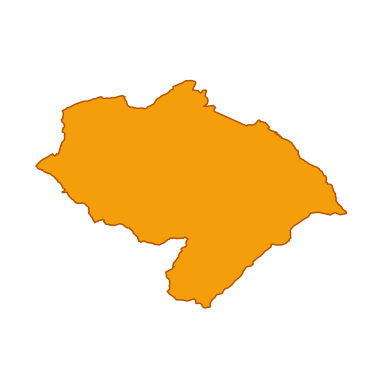 Chupaca, Junín, Peru, rotated 255°
{"feature_id": "86281439B55611133848114", "entity_name": "Chupaca", "entity_type": "district", "adm_level": 2, "iso_a3": "PER", "parent_name": "Peru", "parent_adm1": "Junín", "projection": "equal_earth", "projection_center": [-75.432, -12.21], "detail": "fine", "context": "isolated", "style": "filled", "palette": "amber", "viewbox_px": 384, "rotation_deg": 255, "n_neighbors": 0, "source": "geoboundaries", "source_scale": "gbopen_adm2", "svg_char_len": 6032}
<svg xmlns="http://www.w3.org/2000/svg" viewBox="0 0 384 384"><g transform="rotate(255 192 192)"><path d="M135.1,334.1L137.5,332.6L138.3,332.9L139.1,332.4L139.8,332.2L141.5,330.9L142.2,330.0L143.7,329.9L144.6,329.4L145.0,328.9L147.4,329.0L148.2,329.6L149.4,329.7L149.9,329.2L151.1,329.8L152.1,329.6L152.6,329.9L153.6,330.0L156.6,328.9L157.7,329.1L159.0,328.8L161.4,329.0L163.0,328.3L163.5,327.7L164.6,325.2L165.1,324.8L165.8,325.0L166.5,324.0L167.6,324.2L168.5,324.8L170.3,325.4L172.7,325.3L173.9,323.8L178.3,322.8L178.8,322.2L180.5,321.1L181.4,321.0L183.6,319.1L185.8,315.7L186.4,315.5L186.8,314.7L188.0,313.3L189.3,311.9L190.6,311.2L192.5,309.0L193.7,308.4L196.6,305.1L198.5,305.2L199.2,304.7L200.8,304.7L201.5,304.3L203.1,305.2L203.6,304.8L204.6,305.2L205.2,304.0L207.5,302.9L208.4,303.0L211.3,301.6L213.9,300.9L217.5,297.6L220.2,293.5L220.7,293.0L221.2,292.9L221.6,292.3L222.2,292.4L222.6,291.3L223.6,291.5L223.8,290.9L224.3,291.1L224.9,290.6L225.6,289.8L225.2,289.2L225.4,288.7L226.1,289.6L227.0,289.4L227.3,288.2L227.8,288.8L228.0,288.6L228.1,287.7L228.4,287.8L228.6,288.4L228.7,287.1L229.3,286.7L230.1,285.6L230.5,284.6L231.4,283.7L233.9,281.9L234.1,282.1L234.3,283.1L234.8,283.3L235.5,282.9L237.3,282.6L238.6,281.5L240.1,280.8L240.3,279.9L241.7,278.2L242.3,276.1L242.7,275.9L243.3,276.2L243.9,275.7L244.1,275.2L243.5,273.6L241.8,271.3L241.1,269.7L241.1,267.6L242.3,264.3L242.3,263.2L241.6,262.0L264.0,234.5L265.1,234.4L266.0,234.8L267.4,236.5L269.9,235.2L270.2,234.5L270.2,232.3L270.6,231.4L270.9,228.2L271.8,226.1L272.9,228.9L273.8,229.9L275.7,231.0L278.4,231.2L281.1,229.5L283.8,230.7L285.4,232.0L286.7,232.0L287.2,230.0L287.3,228.4L285.6,226.7L285.5,225.7L288.3,224.2L289.9,220.0L290.5,219.3L291.4,219.5L295.2,223.2L297.0,223.9L298.2,223.2L300.0,219.8L301.0,214.5L299.8,210.5L298.8,201.9L298.4,201.1L296.5,200.5L296.2,200.0L296.1,198.5L295.7,197.3L293.9,194.3L293.6,193.2L292.7,187.3L291.9,186.0L291.1,182.8L290.3,181.3L289.8,181.0L288.4,179.2L286.9,178.0L286.5,175.8L286.1,174.8L285.8,171.4L284.7,169.8L284.4,168.8L284.7,167.9L285.9,166.0L287.0,160.8L287.9,158.8L288.0,157.9L288.9,157.2L289.4,156.4L290.0,154.2L291.6,152.7L293.2,152.1L296.2,152.1L297.8,151.7L298.1,151.3L299.6,151.3L300.4,150.9L301.2,151.8L301.9,150.9L302.6,150.6L303.1,149.3L303.3,146.3L303.1,141.9L303.8,139.8L303.9,136.8L304.3,134.8L304.9,134.1L304.9,132.9L305.1,131.1L305.5,130.5L306.7,129.4L307.1,129.4L307.6,128.5L307.5,124.9L307.0,123.5L307.4,120.6L306.8,117.3L307.1,115.7L306.8,114.1L307.4,112.5L307.7,110.6L307.6,108.7L307.2,106.2L307.4,105.3L306.6,99.8L305.7,96.8L305.5,94.4L305.6,93.0L304.8,91.9L304.0,87.8L302.6,88.2L299.1,87.4L297.9,86.6L296.9,86.6L296.4,86.1L295.9,84.7L295.5,84.5L293.4,84.6L292.0,85.6L289.5,86.2L288.9,85.8L287.9,85.7L287.5,84.5L287.0,83.8L283.6,82.3L282.1,84.0L280.9,84.3L279.7,83.4L277.4,83.0L275.1,82.0L274.0,80.1L272.9,78.7L272.0,78.4L271.4,77.8L270.9,77.8L270.8,77.2L264.0,73.4L263.1,72.5L264.0,71.0L262.9,70.1L262.3,68.7L264.9,67.1L262.8,59.9L262.2,56.7L261.0,53.4L257.5,48.1L256.5,48.9L254.5,49.3L253.1,51.3L253.1,51.6L252.1,52.6L252.3,53.0L250.0,54.3L247.4,57.7L246.5,59.5L243.8,61.4L242.8,62.8L241.7,62.9L237.6,65.1L236.6,65.2L235.2,66.6L232.5,68.0L230.7,67.9L228.7,68.7L227.3,70.4L227.0,70.3L226.2,68.9L225.7,66.6L225.0,66.7L224.1,71.1L223.6,71.5L221.2,71.6L219.7,72.2L216.3,74.1L215.0,75.4L213.1,76.1L211.7,77.0L210.7,78.4L210.0,81.2L209.9,83.2L208.8,85.0L208.2,85.7L206.3,86.4L204.8,87.7L203.7,88.2L202.6,88.1L201.8,87.4L201.2,87.7L199.7,87.6L198.8,86.8L198.2,86.7L196.8,87.6L194.7,88.0L193.3,88.9L191.6,88.9L190.5,89.4L189.6,89.3L188.0,90.4L187.6,90.4L188.2,91.6L187.9,92.6L188.5,95.2L188.3,99.0L187.4,99.9L186.7,99.3L185.7,99.4L184.7,100.0L183.5,100.2L182.7,101.4L182.0,103.6L181.0,104.5L180.9,105.9L180.3,106.6L179.8,108.6L180.0,114.1L179.4,115.4L178.0,117.4L177.0,117.6L176.2,118.5L174.6,119.5L174.2,120.5L173.9,120.7L173.4,122.5L172.2,122.6L171.4,123.5L169.6,124.3L166.7,125.0L164.4,126.7L163.3,127.2L162.5,128.0L161.2,127.6L159.9,127.9L159.2,127.7L158.1,128.2L157.7,128.9L156.9,129.4L157.1,132.2L156.9,133.2L154.5,136.2L153.9,137.9L152.8,140.3L151.9,141.7L150.9,142.5L150.3,144.5L149.4,146.4L149.5,147.6L149.9,148.7L149.8,150.4L150.1,151.5L151.5,154.6L151.7,155.5L152.2,156.0L152.3,157.9L152.8,158.6L153.0,159.4L152.4,160.8L152.2,162.5L151.2,164.6L150.7,166.2L150.7,167.4L150.1,168.6L150.1,169.8L149.4,171.7L150.1,173.1L149.7,174.1L148.0,175.6L147.4,175.9L146.5,174.3L144.8,173.2L143.1,172.9L141.9,173.1L141.5,172.8L140.8,171.4L140.7,168.3L140.1,166.9L139.5,166.6L138.6,166.7L138.1,167.1L137.7,167.1L136.6,164.8L135.7,163.7L133.9,162.5L132.9,162.3L131.0,159.7L130.0,158.8L128.5,156.2L127.5,155.4L125.7,154.5L125.2,154.6L124.5,155.3L124.2,154.1L122.9,153.3L122.5,150.8L121.9,149.3L121.9,147.4L121.3,146.0L116.4,145.4L115.5,145.8L114.2,147.0L112.4,147.3L110.3,147.1L109.1,146.9L107.1,145.6L105.9,145.7L104.6,145.5L103.8,144.8L102.4,142.5L99.4,143.6L95.3,147.3L92.0,148.9L90.1,155.0L88.0,159.1L87.9,162.1L88.3,163.8L88.3,166.6L86.4,167.4L83.7,167.0L83.2,167.2L82.4,171.1L80.6,172.4L78.6,172.4L77.7,173.1L77.0,174.1L76.5,175.3L76.7,176.9L76.3,179.5L76.6,180.0L79.4,180.5L80.9,181.7L82.9,184.2L84.4,187.0L86.1,188.9L86.5,189.6L86.2,192.5L86.4,195.1L88.8,197.2L90.1,199.1L90.1,202.1L91.7,205.8L92.6,207.5L93.9,209.0L95.1,210.7L97.0,215.2L99.2,218.7L100.4,219.9L102.6,221.2L103.3,222.7L105.4,224.8L105.5,226.0L105.3,229.5L105.5,230.7L106.1,231.3L106.5,232.4L109.0,232.8L109.8,235.1L111.3,237.7L112.3,241.2L114.6,245.6L115.5,246.2L116.1,247.5L116.6,249.7L118.4,253.8L118.6,254.1L120.9,255.1L121.0,256.2L120.9,256.6L119.0,259.5L118.0,263.6L117.7,265.6L118.1,269.2L119.2,271.2L119.9,273.4L121.3,273.9L121.7,275.1L122.2,275.5L125.5,276.1L126.9,276.7L129.1,276.8L129.9,277.2L130.6,278.1L132.8,281.4L134.1,285.8L136.9,293.3L137.8,297.7L140.9,301.1L139.6,309.3L134.1,319.5L134.1,320.0L134.7,321.6L134.6,323.2L135.0,324.5L134.8,325.4L131.8,328.9L131.7,329.5L131.3,333.5L131.3,335.1L132.2,335.0L132.1,335.8L132.3,335.9L132.7,335.2L133.6,335.6L135.1,334.1Z" fill="#f59e0b" stroke="#b45309" stroke-width="1.5"/></g></svg>